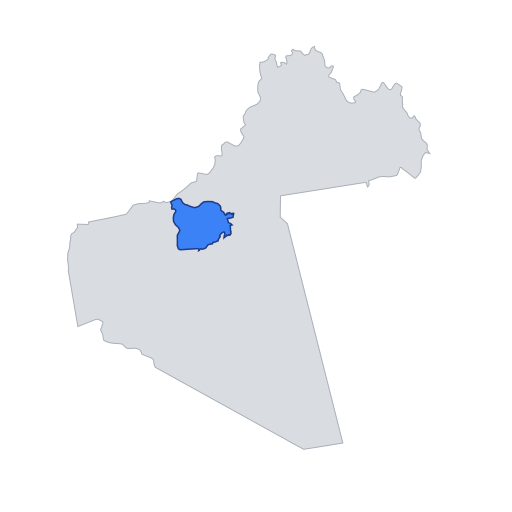 Gourma-Rharous, Timbuktu, Mali (highlighted), rotated 171°
{"feature_id": "8926073B81360088660364", "entity_name": "Gourma-Rharous", "entity_type": "district", "adm_level": 2, "iso_a3": "MLI", "parent_name": "Mali", "parent_adm1": "Timbuktu", "projection": "natural_earth1", "projection_center": [-2.501, 16.02], "detail": "fine", "context": "in_parent", "style": "filled", "palette": "blue", "viewbox_px": 512, "rotation_deg": 171, "n_neighbors": 0, "source": "geoboundaries", "source_scale": "gbopen_adm2", "svg_char_len": 6102}
<svg xmlns="http://www.w3.org/2000/svg" viewBox="0 0 512 512"><g transform="rotate(171 256 256)"><path d="M87.9,394.1L88.1,392.1L86.6,390.7L86.6,390.0L87.5,384.2L87.4,382.7L88.1,379.8L87.1,378.4L86.8,377.5L84.5,373.7L83.8,370.5L82.6,368.4L79.8,367.7L78.7,369.5L78.1,369.8L77.0,368.5L76.7,367.4L76.7,366.4L73.1,361.3L73.4,358.6L74.7,357.2L75.3,354.9L74.0,352.2L74.2,349.6L74.1,346.0L72.0,342.9L70.6,341.5L69.4,339.3L70.4,334.3L68.3,330.0L72.3,331.7L74.2,330.1L76.0,327.9L77.6,325.0L78.4,321.4L78.7,318.3L80.3,313.5L82.3,311.2L86.2,307.9L87.3,308.2L93.7,315.3L97.4,318.9L98.7,320.8L99.9,320.9L101.8,317.4L103.7,314.3L104.5,313.6L111.0,313.2L114.4,313.8L117.4,314.6L121.7,314.9L132.9,312.6L133.1,311.2L132.9,309.5L133.4,308.2L134.4,307.1L135.2,306.8L135.5,310.8L136.4,311.5L139.1,311.6L222.4,311.6L226.0,290.6L219.9,283.0L199.5,57.7L239.1,57.6L245.9,62.8L373.0,161.9L373.6,165.1L373.5,169.5L374.5,170.8L376.3,172.2L383.6,176.5L384.2,177.3L384.4,179.1L385.3,181.2L386.8,182.5L388.6,183.4L390.8,184.0L397.4,184.7L398.8,185.7L401.6,189.6L403.2,190.4L412.0,192.5L414.9,193.6L418.0,195.3L419.7,197.0L419.7,203.1L421.0,207.1L420.9,208.1L419.5,209.7L419.2,210.9L417.6,214.0L418.0,215.3L421.1,217.7L422.6,218.4L424.3,218.4L443.0,214.2L443.7,271.6L443.0,272.5L442.6,282.7L441.3,288.6L438.9,293.0L437.4,299.6L436.5,300.9L435.9,304.7L434.5,306.9L432.1,307.7L427.8,312.0L427.5,315.4L417.4,313.5L416.7,313.5L416.2,314.0L416.0,315.8L390.1,316.8L377.4,317.6L369.4,325.4L364.2,326.1L357.7,325.4L354.3,325.4L353.0,325.8L352.8,327.2L342.4,323.3L338.6,324.5L338.0,324.1L337.5,323.3L335.6,322.8L332.6,323.0L330.5,323.6L323.9,329.7L320.4,331.2L313.8,334.8L309.3,338.0L307.6,338.6L305.0,338.7L302.9,339.4L301.0,346.4L299.7,347.1L291.9,344.2L290.3,344.7L288.9,345.5L284.6,349.6L282.4,352.9L281.2,357.2L281.4,360.1L280.6,360.9L278.6,361.2L275.0,360.3L273.9,360.7L273.4,362.8L273.4,367.5L272.6,370.7L270.5,371.7L268.8,373.0L267.5,373.3L266.4,373.0L260.1,368.3L257.9,367.5L255.5,368.0L253.3,370.1L249.2,375.0L249.6,376.8L250.7,378.9L251.5,381.4L251.5,383.7L245.7,387.0L247.0,389.4L246.9,395.9L244.2,398.8L243.3,400.7L240.7,402.8L238.4,404.0L231.4,405.7L228.5,407.8L227.2,409.5L226.9,411.3L227.2,413.3L228.5,417.6L228.1,421.5L226.9,426.0L225.8,428.1L222.5,430.4L223.0,433.4L223.3,437.6L222.8,443.1L221.7,446.8L221.0,446.5L217.8,446.6L214.4,447.8L213.2,448.7L212.9,450.0L210.0,453.0L208.1,452.8L206.3,452.0L205.4,451.2L205.3,450.7L206.4,448.3L206.5,447.5L205.4,443.3L205.6,442.3L205.1,439.0L204.9,438.9L201.1,440.3L201.0,440.9L201.5,442.9L201.1,443.3L199.8,443.2L197.9,442.6L195.9,440.7L195.4,441.3L195.1,442.8L195.0,444.5L195.5,447.7L195.0,448.9L191.8,448.7L189.1,449.1L188.4,450.2L188.1,451.5L188.8,452.9L188.7,453.5L187.5,454.4L187.0,454.3L185.5,452.8L179.6,451.3L179.1,449.1L178.5,449.1L176.6,446.5L175.8,446.5L175.1,447.0L172.8,446.8L170.8,449.1L169.3,451.9L167.7,453.2L165.3,453.8L165.6,452.1L164.9,449.6L159.8,446.5L159.0,445.2L157.7,438.2L157.8,436.1L158.1,434.3L158.0,432.9L157.4,431.8L155.9,430.7L154.3,430.2L152.3,431.6L151.3,431.9L150.4,431.8L149.9,431.3L150.0,430.6L152.2,426.8L153.3,425.2L155.5,423.4L156.0,422.5L156.1,421.8L155.9,421.2L154.4,420.5L152.2,418.8L151.0,418.6L150.0,417.8L149.0,415.1L148.5,414.5L147.4,414.3L146.4,413.6L146.6,406.9L144.4,402.0L142.5,395.7L141.5,394.2L139.8,392.9L137.6,392.0L135.7,391.8L133.5,392.5L133.5,393.1L134.7,395.1L134.9,396.2L134.7,397.3L134.3,398.1L131.4,398.8L127.4,401.1L126.1,403.7L125.2,404.1L123.7,403.7L113.4,399.2L109.0,401.2L106.1,405.1L105.4,406.4L104.1,407.6L103.4,407.6L102.6,406.8L99.6,400.8L98.3,399.4L96.7,399.3L95.3,400.3L93.8,402.3L92.0,404.2L90.8,404.8L89.8,404.5L85.5,400.4L85.3,399.6L87.3,394.8L87.9,394.1Z" fill="#d9dde1" stroke="#a8b0b8" stroke-width="1"/><path d="M311.7,270.3L311.0,270.5L310.4,271.6L309.9,271.8L309.3,271.7L308.9,271.3L306.9,271.2L305.8,271.4L304.4,271.8L304.1,272.1L301.6,274.6L300.4,274.8L298.6,274.8L297.9,275.0L297.4,274.8L296.9,275.0L296.7,275.8L296.1,276.2L295.4,276.3L294.6,276.3L294.1,276.2L293.4,276.3L292.7,276.7L292.2,276.8L291.8,276.7L291.3,276.7L290.4,278.4L290.4,278.5L290.2,278.7L289.4,279.6L288.6,280.4L288.4,280.9L288.8,281.7L286.8,283.7L284.4,284.8L283.4,284.5L283.3,283.7L283.4,282.7L283.8,281.9L284.6,279.8L284.7,279.2L284.5,279.4L284.4,279.6L284.2,279.6L283.9,279.4L283.8,279.5L283.8,279.8L283.7,280.0L283.3,280.1L283.1,280.1L282.9,280.0L282.7,280.1L282.6,280.3L282.3,280.4L282.2,280.5L281.9,281.0L281.7,281.2L281.4,280.7L281.2,280.7L280.6,280.6L280.4,280.7L280.3,280.8L280.1,280.9L279.9,281.1L279.7,281.2L279.4,281.2L279.3,280.9L279.2,280.8L278.9,280.7L278.7,280.9L278.3,280.9L278.1,280.9L277.9,281.0L277.9,281.3L277.8,281.6L277.7,281.7L277.5,281.9L277.4,282.0L277.3,282.3L277.0,282.5L277.1,282.8L277.2,283.0L277.3,283.4L277.3,283.5L277.2,284.1L276.9,284.3L277.1,284.8L277.2,285.2L277.2,285.5L277.2,285.8L277.1,286.1L277.0,286.3L276.7,290.1L274.8,290.4L275.0,290.6L275.2,290.8L275.4,290.9L275.6,291.3L275.6,291.6L278.0,293.4L278.5,297.4L275.0,297.5L272.9,297.8L272.7,297.8L271.7,300.6L271.3,301.3L271.5,301.7L272.0,301.8L272.8,301.7L272.8,301.3L272.9,301.0L273.0,300.9L273.3,301.0L273.5,301.2L273.6,301.6L274.0,302.0L274.3,302.0L274.5,302.0L274.8,301.9L275.1,301.9L275.2,302.0L275.3,302.1L275.3,302.4L275.3,302.7L275.2,302.8L275.3,303.0L275.7,303.0L277.2,302.8L277.3,302.6L277.3,302.3L277.3,301.9L277.6,301.8L277.9,302.0L278.0,302.6L278.3,302.6L278.6,302.2L278.8,301.7L279.1,301.4L279.3,301.0L279.8,301.1L280.0,301.7L280.5,302.1L280.6,302.9L280.9,303.7L281.3,304.4L282.1,305.2L283.0,306.0L283.6,307.1L283.2,309.4L283.6,311.2L285.7,313.8L288.7,315.1L290.2,316.4L292.0,316.8L295.3,317.4L299.2,317.6L302.0,316.1L304.4,314.2L306.4,313.6L309.4,313.4L313.6,315.5L316.0,317.2L318.1,317.9L320.2,320.2L321.4,323.9L323.3,325.0L325.6,324.9L330.8,323.2L331.0,323.1L331.5,322.8L331.8,322.7L331.0,319.0L331.8,317.0L331.7,315.5L329.4,315.2L328.3,314.2L328.2,312.6L330.6,309.8L331.7,306.6L332.0,303.0L330.6,299.4L328.0,296.1L327.2,293.1L330.5,288.7L331.3,283.2L331.5,281.9L332.1,278.6L331.5,275.2L330.1,274.1L326.7,273.7L322.8,273.4L312.3,272.4L311.2,271.2L311.7,270.3Z" fill="#3b82f6" stroke="#1e3a8a" stroke-width="1.5"/></g></svg>